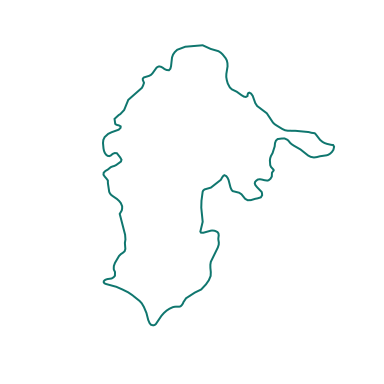 outline of Batna, rotated 299°
{"feature_id": "DZA-2216", "entity_name": "Batna", "entity_type": "Province", "adm_level": 1, "iso_a3": "DZA", "parent_name": "Algeria", "parent_adm1": "", "projection": "equal_earth", "projection_center": [5.884, 35.34], "detail": "fine", "context": "isolated", "style": "outline", "palette": "teal", "viewbox_px": 384, "rotation_deg": 299, "n_neighbors": 0, "source": "natural_earth", "source_scale": "10m", "svg_char_len": 3425}
<svg xmlns="http://www.w3.org/2000/svg" viewBox="0 0 384 384"><g transform="rotate(299 192 192)"><path d="M213.5,98.4L214.8,97.8L214.8,95.6L214.3,94.1L214.2,92.5L214.4,91.8L218.4,88.8L223.8,90.6L225.3,91.5L230.8,92.9L241.7,91.6L258.8,97.7L261.3,97.6L264.2,97.1L266.2,94.6L267.4,94.0L268.9,94.4L272.7,98.1L274.5,99.3L276.6,99.9L283.4,100.7L284.6,101.2L285.9,102.3L286.5,104.3L286.5,106.2L286.2,108.4L286.4,110.6L287.3,112.8L289.3,113.3L291.8,112.7L300.0,109.3L303.0,108.8L306.0,109.1L309.2,110.1L315.8,115.7L325.5,130.2L326.2,139.0L328.0,146.9L327.8,149.6L327.2,152.0L325.3,156.6L323.9,158.7L321.9,160.5L319.1,162.2L311.9,164.8L309.2,166.2L306.6,168.3L304.2,170.7L301.8,174.4L301.1,177.1L301.4,182.5L300.7,188.3L300.6,191.2L301.2,193.0L302.8,194.0L304.6,193.3L305.9,193.3L306.7,194.0L306.7,196.0L305.5,198.5L300.4,204.3L298.8,207.3L297.1,219.3L292.0,229.1L291.4,231.3L291.2,233.5L290.9,240.4L291.1,243.4L292.0,246.0L295.8,253.1L301.0,265.0L301.7,267.8L302.9,270.8L302.5,272.2L299.7,278.7L299.1,281.8L299.1,284.2L299.5,286.6L300.7,290.8L301.5,292.7L300.5,294.3L299.6,294.6L297.5,295.2L295.0,295.0L292.7,294.3L290.7,293.2L289.4,292.0L285.3,286.6L283.1,284.3L281.3,281.9L280.3,278.8L280.2,275.9L281.8,266.3L281.9,258.8L282.1,256.1L282.5,254.2L283.7,251.2L283.9,249.8L283.7,247.0L282.3,244.6L279.8,241.2L277.6,240.5L275.0,240.9L272.0,242.2L265.1,243.6L261.7,243.6L259.5,244.0L257.4,244.8L253.4,247.4L252.2,249.0L251.1,252.3L250.8,252.8L250.4,253.0L247.9,252.6L247.4,252.7L244.2,254.3L241.6,254.2L239.6,253.4L238.7,252.7L238.2,251.6L237.4,249.5L236.8,247.2L236.1,245.2L234.8,243.5L233.1,242.7L231.4,242.3L230.0,242.7L228.8,244.0L227.8,246.4L225.8,252.9L225.0,253.7L223.2,254.9L220.7,254.8L218.2,252.4L216.7,250.6L213.5,247.5L211.8,244.7L211.8,241.8L214.0,236.4L214.2,233.5L212.5,227.1L213.1,225.5L214.7,223.4L220.2,218.2L221.6,216.3L222.5,214.3L222.4,212.2L221.4,211.6L219.4,211.3L216.6,211.3L205.0,206.4L200.3,201.7L198.7,201.1L197.4,201.2L189.0,204.5L182.8,207.7L171.1,215.8L161.4,218.5L160.8,219.6L161.8,221.6L167.3,227.2L168.1,228.3L168.9,230.1L169.2,231.4L169.3,233.7L168.6,235.2L167.0,236.4L164.2,237.5L162.9,238.3L160.9,239.9L158.9,240.9L155.9,241.5L140.1,242.3L137.3,243.3L134.5,244.9L131.0,247.3L127.6,249.0L123.0,249.5L118.0,249.0L111.2,247.3L105.5,243.3L96.2,238.3L91.4,237.9L90.1,238.1L88.0,237.9L86.7,237.5L86.1,237.1L85.5,236.4L83.9,233.5L83.0,232.2L81.9,231.0L79.0,228.9L76.0,227.3L72.6,226.1L69.0,225.3L58.9,224.4L57.6,223.8L56.7,222.9L56.3,221.8L56.0,220.4L56.8,218.4L58.9,215.7L64.1,210.8L68.1,205.7L70.3,202.0L71.3,199.0L72.9,189.4L73.3,184.7L73.0,178.3L72.4,171.8L69.8,161.2L69.7,159.7L70.2,158.6L71.2,158.1L72.5,158.4L73.6,159.1L74.8,160.2L77.2,163.4L77.8,163.9L79.5,164.8L81.4,165.2L84.6,163.5L85.1,162.9L86.2,161.3L87.4,160.5L89.5,159.5L92.7,159.0L100.7,159.2L103.2,159.9L105.3,161.0L107.5,161.8L109.9,161.3L114.9,158.0L118.2,156.8L122.2,154.2L137.8,139.4L141.8,139.5L143.7,138.9L145.7,137.8L147.8,135.1L148.8,132.7L149.5,129.8L150.0,124.6L150.3,122.6L151.0,120.9L152.0,119.5L158.9,114.2L161.3,112.8L162.3,110.6L163.2,108.1L164.2,106.2L166.1,105.4L168.5,106.1L170.8,107.5L174.3,108.9L175.7,110.0L177.1,111.4L178.8,112.6L184.2,115.1L186.0,114.7L187.4,112.5L189.5,107.5L188.6,105.5L186.8,104.1L184.6,103.3L183.3,102.3L182.7,100.6L183.0,98.7L184.0,96.7L185.4,95.0L187.3,93.4L191.7,90.4L194.6,89.2L197.7,89.0L202.2,90.5L205.3,92.7L211.0,97.7L213.5,98.4Z" fill="none" stroke="#0f766e" stroke-width="2"/></g></svg>